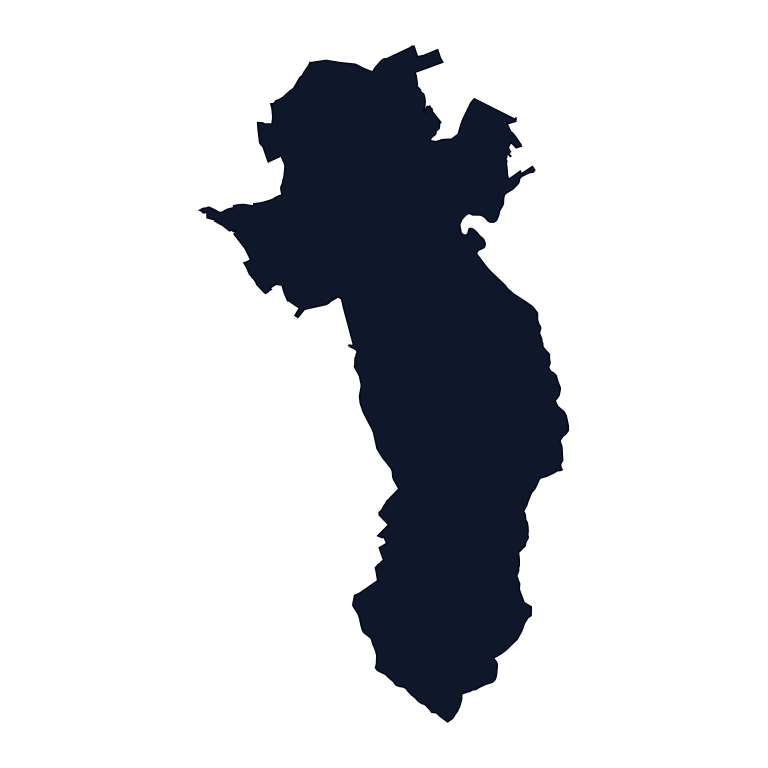 outline of Mica, Mures, Romania
{"feature_id": "2599482B15916866483614", "entity_name": "Mica", "entity_type": "district", "adm_level": 2, "iso_a3": "ROU", "parent_name": "Romania", "parent_adm1": "Mures", "projection": "mercator", "projection_center": [24.41, 46.338], "detail": "fine", "context": "isolated", "style": "filled", "palette": "ink", "viewbox_px": 768, "rotation_deg": 0, "n_neighbors": 0, "source": "geoboundaries", "source_scale": "gbopen_adm2", "svg_char_len": 6091}
<svg xmlns="http://www.w3.org/2000/svg" viewBox="0 0 768 768"><path d="M533.2,172.1L534.8,170.1L532.4,166.5L521.3,173.9L520.3,171.1L508.5,179.5L507.3,174.4L506.9,166.9L506.4,164.5L506.3,163.4L506.9,161.3L505.5,158.6L506.4,158.0L506.8,157.0L506.4,155.7L508.7,153.3L508.9,154.9L509.4,155.7L510.3,156.4L510.8,156.1L509.8,155.3L509.2,154.1L509.5,153.0L510.5,151.7L508.8,148.7L508.5,147.6L508.7,146.3L509.6,144.6L511.4,142.7L516.1,147.8L521.4,146.1L520.8,144.5L515.8,137.0L513.0,133.5L510.7,131.6L507.1,123.9L515.7,121.4L515.3,120.4L516.1,119.9L516.0,117.5L515.2,119.4L474.3,98.8L470.8,102.9L462.8,119.4L460.8,124.9L458.4,133.3L457.6,134.7L450.7,139.8L450.0,139.2L449.2,139.2L442.1,139.7L435.9,141.7L430.5,140.7L430.5,139.0L432.6,136.4L434.1,135.5L435.7,133.9L436.2,130.9L438.0,129.7L439.3,128.1L439.5,124.4L440.3,122.6L440.8,122.3L432.5,111.8L432.1,110.7L432.3,109.6L432.1,109.1L430.7,107.9L430.0,106.3L429.4,106.1L429.0,107.0L427.3,106.4L426.1,108.0L426.0,109.9L425.5,110.0L425.6,112.0L424.3,111.1L423.3,111.9L424.0,110.7L424.9,105.4L425.2,101.7L424.7,97.4L423.7,94.1L421.0,92.0L420.3,89.6L416.9,86.2L416.9,85.5L417.4,84.8L416.9,80.5L416.0,75.0L414.8,72.4L442.8,62.2L440.5,58.2L437.6,49.7L423.9,55.4L417.5,56.7L414.0,46.1L411.6,46.4L410.4,47.6L386.1,59.0L384.3,58.8L383.1,59.3L381.0,61.0L375.3,67.5L372.5,72.0L363.2,68.3L358.2,65.6L355.0,64.2L340.3,62.7L326.1,60.4L310.6,62.7L310.1,62.4L308.3,66.1L304.2,71.9L302.6,75.2L299.7,77.7L295.0,86.1L293.3,88.6L290.1,90.9L282.9,97.4L278.7,99.8L276.0,100.7L273.7,103.7L270.8,103.8L272.1,109.0L272.8,117.4L272.0,124.0L264.6,124.0L262.9,122.9L257.6,122.6L258.1,129.8L259.7,142.7L260.7,144.4L262.6,146.2L263.4,147.8L268.2,161.9L281.4,155.8L281.9,157.8L284.7,164.1L285.0,167.1L284.0,176.9L282.8,180.8L282.5,183.2L280.9,187.1L280.9,189.1L281.6,193.1L282.1,194.1L280.7,195.6L279.2,195.7L274.9,197.8L273.7,198.9L269.8,200.4L261.5,202.8L253.8,203.8L253.8,206.0L243.3,204.5L237.8,204.9L233.7,205.8L233.3,207.8L227.6,209.2L224.6,210.7L223.1,211.9L221.9,212.1L221.1,212.8L218.9,212.2L214.6,209.8L209.7,207.4L208.4,207.2L205.5,208.2L203.3,208.3L199.6,210.2L201.6,211.2L203.2,212.9L207.1,212.4L207.0,217.8L215.1,219.9L214.9,221.3L217.5,222.2L217.4,222.7L220.2,223.5L220.0,224.1L221.5,224.6L229.7,230.9L231.5,230.0L233.6,231.6L234.9,231.2L235.9,230.5L235.5,232.3L234.1,234.2L245.1,248.4L250.7,259.8L246.1,262.2L243.9,262.8L246.5,267.2L249.4,274.2L251.3,276.1L252.1,277.6L253.4,278.5L256.2,282.7L256.6,284.4L264.6,292.8L265.5,293.4L268.0,291.9L269.5,290.1L271.3,289.5L270.1,288.0L275.9,284.3L281.2,285.0L282.1,285.5L284.3,293.0L287.7,300.9L288.9,300.8L295.5,305.5L299.6,307.9L294.9,315.5L298.0,317.4L304.5,309.3L326.1,304.5L328.4,303.3L331.0,301.0L336.4,297.9L336.5,297.6L336.2,296.4L341.3,298.5L342.7,303.7L343.3,307.0L353.5,344.9L351.5,345.5L349.2,345.0L348.8,345.7L350.8,347.1L354.2,348.6L356.7,350.5L357.1,351.5L357.0,352.9L356.0,355.0L356.1,356.4L355.1,357.9L354.8,365.2L354.4,366.3L355.3,368.5L359.4,375.8L361.1,383.8L361.3,386.4L359.5,396.2L360.2,402.9L363.2,412.0L372.0,428.9L373.5,432.3L377.1,448.8L382.4,457.4L390.9,468.0L392.3,471.2L392.8,477.0L393.7,479.7L398.7,488.5L398.7,489.1L386.9,501.1L385.4,503.9L383.7,506.1L381.3,510.7L379.1,512.4L379.2,515.0L388.6,524.8L377.7,535.8L382.0,537.6L384.1,537.4L386.5,542.7L386.5,543.3L385.6,544.0L379.2,547.8L383.4,559.7L383.3,560.4L381.2,561.9L380.5,563.0L378.1,564.6L375.3,567.9L376.2,571.6L377.7,580.6L360.0,592.9L357.6,594.2L354.6,595.3L353.1,602.8L352.8,605.5L358.3,614.3L359.7,618.8L361.1,625.6L362.5,630.4L363.8,632.5L370.8,638.0L371.5,639.1L372.7,643.7L375.5,650.3L376.8,655.3L376.5,663.8L375.5,667.9L377.3,670.1L378.7,671.1L385.1,674.2L386.4,675.2L388.3,677.2L393.3,681.4L395.9,685.1L399.0,686.3L403.4,687.0L406.3,688.7L407.4,690.4L410.0,693.3L411.8,695.1L414.9,697.5L418.3,701.2L421.6,703.4L425.1,704.6L430.2,710.1L431.6,712.2L436.5,712.9L440.2,716.4L447.6,721.9L452.8,718.2L455.2,714.2L457.6,711.0L458.6,708.3L459.5,707.1L461.2,700.9L461.7,698.6L461.7,694.1L465.9,692.4L470.0,691.4L472.3,689.9L475.6,689.5L479.7,687.1L485.2,684.5L491.9,682.4L493.6,681.2L495.0,679.6L495.9,677.4L496.5,674.7L497.3,665.6L497.0,663.5L496.1,661.5L494.4,659.4L493.6,657.7L496.9,656.3L501.8,653.2L505.8,650.2L517.0,639.4L521.2,632.0L522.7,628.5L524.3,623.6L527.9,617.7L531.1,615.6L531.3,606.8L524.9,603.1L524.0,602.1L519.5,590.2L519.3,588.3L519.6,583.7L516.9,576.6L516.8,575.4L518.2,572.0L518.8,569.6L518.5,569.2L518.5,568.2L519.2,565.7L519.3,563.7L519.2,558.9L518.5,552.5L525.0,546.1L525.9,542.0L528.0,538.4L528.2,536.8L527.7,534.6L528.1,531.7L528.0,527.5L527.4,523.5L527.0,522.1L525.7,520.0L525.4,516.1L524.9,513.6L523.5,511.2L526.6,505.8L528.4,500.1L531.7,492.4L534.7,489.0L536.8,484.9L538.9,480.0L540.4,478.0L546.2,476.4L554.0,472.8L557.2,470.8L560.9,470.4L562.2,469.7L561.2,468.0L560.5,465.0L561.2,462.7L562.7,460.5L561.9,446.8L560.2,441.7L560.1,440.8L560.3,439.9L561.3,438.8L562.6,436.5L566.6,433.2L567.4,431.4L568.3,430.7L568.4,426.1L566.2,415.8L564.2,412.0L557.9,406.5L555.3,401.3L555.5,400.1L557.6,397.7L559.1,395.3L560.3,389.1L560.3,387.9L557.6,380.8L556.2,375.6L553.8,373.1L550.8,371.3L549.5,369.5L548.6,367.3L548.6,366.8L549.6,364.6L550.1,362.3L549.4,359.2L549.4,354.2L546.5,351.2L543.8,348.0L542.8,346.3L542.8,343.6L542.1,342.0L541.5,338.3L539.5,333.5L539.6,331.7L540.7,328.6L540.6,327.5L540.3,326.5L539.1,324.9L537.5,319.8L537.5,313.1L532.7,306.8L525.5,301.7L513.7,294.1L507.4,288.6L504.9,285.2L490.9,271.9L486.9,267.5L476.6,253.9L476.7,252.6L478.6,250.0L482.9,248.3L484.7,246.7L485.2,244.0L485.0,242.8L484.0,240.1L483.0,238.8L479.4,235.6L477.0,232.6L473.8,229.6L471.8,228.6L469.9,228.4L468.9,229.3L468.0,233.2L466.9,234.7L465.9,235.2L463.6,234.9L462.2,234.0L461.1,232.5L459.8,225.4L459.9,223.8L461.6,220.0L463.1,217.8L465.9,215.0L468.7,213.4L469.7,213.4L472.6,214.9L480.3,215.0L481.8,215.5L484.7,217.2L488.1,221.0L489.8,222.0L493.5,222.2L495.6,221.1L496.5,220.1L498.2,216.6L499.2,212.9L499.4,211.2L503.3,204.2L503.6,198.4L504.2,195.7L504.8,194.4L506.3,193.0L512.8,189.1L516.8,185.1L518.3,183.4L519.1,181.9L519.6,178.8L521.3,176.6L529.0,172.8L533.2,172.1Z" fill="#0f172a" stroke="#020617" stroke-width="1.5"/></svg>